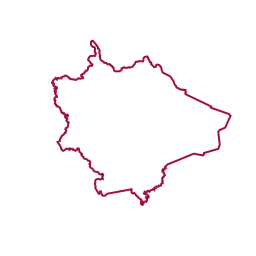 the district of Catacamas, Olancho, Honduras, rotated 120°
{"feature_id": "27666195B98073695243909", "entity_name": "Catacamas", "entity_type": "district", "adm_level": 2, "iso_a3": "HND", "parent_name": "Honduras", "parent_adm1": "Olancho", "projection": "natural_earth1", "projection_center": [-85.508, 14.563], "detail": "fine", "context": "isolated", "style": "outline", "palette": "rose", "viewbox_px": 256, "rotation_deg": 120, "n_neighbors": 0, "source": "geoboundaries", "source_scale": "gbopen_adm2", "svg_char_len": 5855}
<svg xmlns="http://www.w3.org/2000/svg" viewBox="0 0 256 256"><g transform="rotate(120 128 128)"><path d="M119.4,213.5L119.9,213.8L121.6,213.6L121.5,214.2L120.8,214.8L120.6,215.6L120.7,215.8L121.3,215.7L124.5,216.7L125.6,216.1L126.7,216.5L127.1,215.8L126.5,214.6L126.6,214.2L127.1,214.0L128.2,214.2L128.6,213.8L128.7,213.0L128.3,211.1L128.5,209.9L128.9,209.4L129.7,209.7L130.0,211.3L130.5,211.5L130.9,210.7L130.6,209.8L130.7,209.4L132.1,209.3L132.3,210.1L132.8,210.1L132.9,208.5L133.3,208.3L134.2,208.7L134.6,208.5L135.3,206.8L136.0,206.3L136.0,205.4L136.3,205.1L136.7,205.1L137.3,206.0L137.9,206.4L139.8,206.3L140.2,205.9L140.1,205.0L140.6,204.6L141.3,204.9L142.4,203.7L143.6,203.5L143.7,201.7L144.7,201.3L145.0,200.6L144.2,199.6L144.5,198.0L144.5,196.8L145.6,196.0L146.1,194.9L146.8,194.4L146.9,193.9L147.7,193.6L147.9,193.2L147.8,192.5L147.0,191.3L147.2,190.9L148.1,190.7L148.1,189.7L147.6,188.9L147.9,187.6L146.8,187.3L146.7,186.8L147.4,186.1L148.7,186.1L149.1,186.8L148.8,188.1L149.3,188.3L149.9,188.1L150.4,187.3L150.7,185.8L150.7,185.0L152.5,184.9L152.9,184.5L152.8,182.5L153.0,182.0L154.1,182.2L154.6,181.6L157.4,180.7L158.3,181.0L158.9,181.7L159.4,181.8L160.4,181.6L160.6,180.7L161.2,180.0L163.2,180.3L163.4,179.7L164.5,180.4L165.6,180.3L167.7,181.4L169.0,181.2L169.7,181.5L170.7,181.0L172.3,181.2L173.4,180.5L175.4,182.0L176.3,180.4L177.0,178.2L178.0,177.2L178.5,176.0L179.6,175.3L179.6,174.6L180.3,173.6L180.2,172.7L178.9,171.9L177.4,171.4L176.3,170.6L176.1,167.6L175.6,167.6L175.0,168.3L174.6,168.2L174.6,167.0L174.2,165.9L173.7,165.3L174.4,164.4L173.8,163.6L174.0,162.1L172.5,161.3L170.9,161.6L170.4,160.4L170.7,159.9L172.7,158.4L173.2,156.8L173.3,155.0L173.7,154.6L174.7,154.9L175.2,153.5L175.3,152.0L176.3,151.3L176.3,150.1L175.7,147.9L176.3,146.0L175.7,145.0L176.0,144.3L177.3,143.1L178.5,143.4L178.9,142.2L180.3,142.0L180.9,141.3L181.1,138.3L182.4,135.7L182.2,134.5L181.2,131.5L182.2,130.1L181.9,128.4L181.7,127.9L181.0,127.8L180.6,127.5L180.5,126.8L181.5,125.8L183.0,126.0L184.2,124.6L184.8,124.3L185.1,125.4L186.3,126.0L186.9,128.1L187.5,129.0L188.6,129.9L190.1,130.0L191.9,128.8L193.1,128.8L194.1,127.3L196.4,126.2L199.6,120.4L199.4,120.1L197.0,120.5L196.4,120.0L197.8,118.3L198.9,117.6L198.8,116.8L199.2,116.3L199.0,115.5L198.5,114.5L197.6,113.7L195.3,113.1L179.3,94.3L180.1,93.8L180.8,93.7L181.3,93.0L182.0,92.8L182.3,92.3L182.4,91.8L182.0,90.7L181.3,90.4L181.1,90.2L181.8,88.1L182.5,86.9L182.5,86.1L182.7,85.3L183.1,84.8L183.0,84.2L183.4,82.5L183.3,81.3L183.6,80.3L184.0,79.8L185.1,80.2L185.7,79.9L186.1,79.3L187.1,78.9L187.5,78.0L187.4,77.0L187.1,76.9L186.8,77.7L185.5,76.9L185.0,77.3L184.8,77.8L184.4,77.4L183.7,77.2L182.9,76.0L182.9,75.2L182.3,75.2L181.1,75.8L180.7,75.5L179.7,76.3L179.4,77.5L178.6,77.7L178.3,77.3L178.7,76.0L178.2,75.5L177.4,75.5L176.7,76.1L176.3,76.8L176.4,77.5L176.0,78.0L176.6,79.4L176.3,79.7L176.9,80.8L176.8,81.4L176.5,81.3L174.8,81.7L174.2,79.7L173.5,79.4L173.2,79.5L172.9,79.1L172.6,79.5L172.4,79.3L171.9,78.3L172.2,77.5L171.5,77.6L170.2,76.9L169.3,75.9L168.5,75.8L168.2,75.1L168.4,74.4L167.5,74.9L166.9,74.8L166.6,74.3L166.5,75.0L166.0,74.7L165.2,74.8L164.6,74.3L164.4,73.5L163.4,72.8L163.4,72.3L162.5,72.5L162.2,71.5L161.6,71.2L161.3,70.7L159.5,71.3L158.5,70.3L156.9,71.7L156.4,71.5L155.8,72.4L155.1,72.5L154.4,73.4L153.8,73.1L153.4,73.2L152.3,73.0L152.0,72.6L151.7,72.9L150.3,72.5L150.1,73.0L149.7,73.3L149.2,74.7L148.8,74.8L148.7,75.2L147.7,75.7L147.8,76.0L147.6,76.1L148.2,76.6L147.7,76.9L147.1,77.1L146.7,76.6L146.0,76.9L145.4,75.6L145.0,75.8L143.9,75.2L143.8,76.3L143.5,76.6L142.2,76.0L140.2,75.8L117.6,58.4L117.1,57.6L114.3,49.4L112.8,49.0L112.3,49.7L111.7,49.7L100.8,39.3L96.4,40.3L86.4,47.8L85.1,47.9L84.0,47.6L79.0,44.0L66.1,45.3L65.5,47.9L69.0,66.5L68.3,67.0L67.8,66.9L69.9,94.5L69.5,95.7L68.1,95.7L67.6,96.5L66.4,97.2L67.0,97.9L66.8,98.9L67.7,99.6L67.8,100.2L68.1,100.4L68.0,101.3L68.6,102.7L68.4,102.9L68.4,105.0L68.7,106.3L67.6,107.2L67.2,109.0L64.8,111.9L62.2,116.9L62.6,125.8L60.8,128.0L59.0,129.4L58.6,130.7L58.3,130.8L57.9,132.4L58.2,134.0L59.1,135.0L60.8,134.4L62.1,135.5L62.2,136.1L61.7,137.1L61.5,138.7L61.0,139.9L60.6,139.9L59.6,140.6L59.6,140.9L60.1,141.4L60.0,142.0L58.6,143.5L58.0,145.1L56.7,146.2L56.4,147.2L57.2,147.8L57.9,149.0L59.4,149.5L62.7,148.2L63.3,149.0L63.9,151.0L64.6,151.4L65.2,152.5L65.9,152.9L66.2,153.8L66.7,154.3L69.8,154.2L71.0,154.6L72.5,154.6L73.4,155.3L73.9,155.9L74.9,156.6L75.0,157.8L76.8,159.4L77.5,161.1L77.4,162.0L79.0,162.8L79.6,163.4L80.4,162.6L81.6,162.8L83.5,164.2L85.2,167.2L85.3,168.6L83.5,170.6L83.0,170.7L82.7,171.9L82.9,172.1L82.3,173.0L82.5,173.7L82.4,174.3L82.1,174.5L82.3,175.3L81.9,176.0L83.1,177.4L82.5,179.2L82.9,179.7L83.4,181.6L82.9,182.1L82.8,182.7L83.1,183.9L82.5,185.8L81.9,186.8L80.9,187.3L80.4,188.2L79.3,188.1L78.6,189.3L78.2,189.5L77.2,190.5L76.9,190.4L76.3,190.9L75.4,191.1L74.7,191.7L74.2,192.9L74.3,193.7L73.3,194.2L72.4,195.9L72.5,196.2L71.8,197.1L70.6,200.2L70.5,201.2L70.0,202.1L70.6,202.9L71.6,203.1L72.6,202.6L73.1,202.6L74.6,201.4L75.3,199.5L75.2,198.6L74.8,197.7L75.3,196.6L76.0,196.0L78.4,195.1L78.6,194.5L79.0,194.3L79.0,193.7L79.6,193.2L79.9,193.4L80.4,192.8L82.0,192.6L82.3,192.9L82.5,193.7L83.7,195.0L84.0,196.0L84.8,196.7L86.6,197.1L88.9,196.7L89.7,193.9L90.3,193.2L90.7,190.9L90.9,190.5L92.0,190.2L92.6,190.8L92.6,191.5L92.9,191.9L94.3,192.4L94.9,192.9L95.9,192.7L96.7,192.1L97.1,192.2L98.6,192.0L99.5,193.3L100.2,193.0L101.5,193.5L102.4,193.1L103.6,194.3L104.8,194.5L105.5,195.1L106.5,194.3L106.1,193.6L106.1,193.0L106.9,192.4L107.1,191.8L107.4,191.7L107.8,192.6L109.4,194.2L109.7,195.9L111.5,196.5L112.4,197.1L112.9,198.8L113.3,199.3L113.5,200.8L114.3,201.7L114.4,203.7L113.8,203.8L113.9,205.0L113.6,205.7L113.8,206.5L113.5,207.5L113.7,208.2L114.3,208.8L114.9,208.7L116.1,210.1L116.9,210.5L117.2,210.9L118.3,210.4L118.5,211.2L119.5,212.4L119.4,213.5Z" fill="none" stroke="#9f1239" stroke-width="2"/></g></svg>